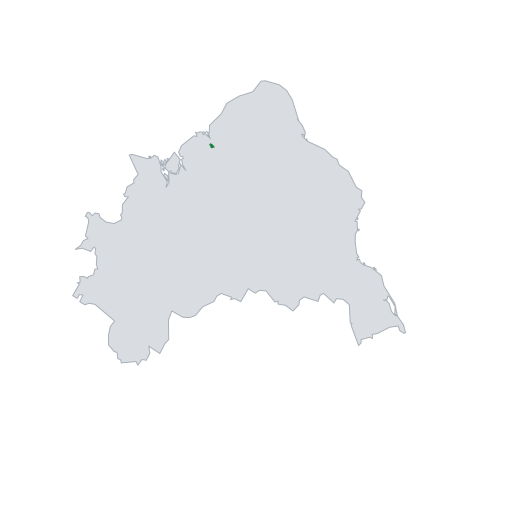 Santa Inês, Maranhão, Brazil (highlighted), rotated 300°
{"feature_id": "56859067B15720023734986", "entity_name": "Santa Inês", "entity_type": "district", "adm_level": 2, "iso_a3": "BRA", "parent_name": "Brazil", "parent_adm1": "Maranhão", "projection": "mercator", "projection_center": [-45.394, -3.853], "detail": "fine", "context": "in_parent", "style": "filled", "palette": "green", "viewbox_px": 512, "rotation_deg": 300, "n_neighbors": 0, "source": "geoboundaries", "source_scale": "gbopen_adm2", "svg_char_len": 4444}
<svg xmlns="http://www.w3.org/2000/svg" viewBox="0 0 512 512"><g transform="rotate(300 256 256)"><path d="M154.2,121.0L158.5,124.7L164.0,123.0L165.7,125.4L168.7,122.0L176.0,118.5L177.6,115.2L182.3,113.4L182.7,111.3L177.3,110.6L175.9,101.7L171.3,96.1L177.5,98.9L183.1,98.8L187.0,101.7L188.2,98.2L202.2,94.0L205.2,91.0L205.0,88.3L209.2,88.2L210.4,89.5L209.1,94.0L212.8,95.2L214.0,98.9L211.5,101.7L210.4,109.1L213.1,116.8L219.6,121.2L222.5,120.5L223.9,118.1L226.4,118.6L233.8,114.6L243.3,115.9L241.9,112.6L243.3,110.4L245.2,111.4L251.3,109.8L258.2,113.7L261.2,111.8L267.7,113.2L280.0,95.8L282.0,97.6L286.1,113.6L288.2,116.1L292.3,117.5L292.8,121.5L285.8,129.2L281.5,131.7L275.8,142.2L270.2,143.7L276.0,144.0L284.6,138.7L286.3,145.4L288.6,147.5L297.5,145.1L294.9,152.7L298.4,146.7L302.5,143.2L304.5,144.2L305.4,143.1L304.6,140.4L307.3,137.0L314.2,136.3L329.0,142.1L330.0,145.0L332.1,143.0L335.6,145.3L336.5,147.8L334.7,149.5L335.5,150.4L337.3,148.7L337.8,150.3L336.1,152.0L335.0,157.2L337.3,155.0L339.0,151.2L339.3,153.9L346.0,150.4L361.5,154.8L373.8,154.4L386.0,161.4L396.6,171.1L409.9,172.9L412.4,176.5L415.9,190.6L414.6,199.9L409.5,209.2L395.1,224.7L395.1,223.4L392.4,230.5L387.9,236.7L385.8,237.6L384.2,234.9L382.9,236.3L381.0,242.9L382.7,262.1L380.0,273.3L380.4,277.8L376.4,282.5L375.3,293.9L365.7,308.4L365.4,315.1L359.6,317.8L356.9,323.5L349.4,323.7L347.8,321.5L347.2,323.9L335.7,324.4L336.2,326.4L328.9,331.1L324.8,331.0L317.5,335.0L308.3,342.1L306.6,345.6L305.0,344.3L304.4,345.8L302.3,345.1L305.0,347.2L302.8,349.4L302.1,353.3L303.7,361.8L301.7,374.5L294.0,381.8L284.4,399.8L275.3,408.0L275.1,405.2L281.6,401.9L287.2,392.0L287.3,390.2L283.6,391.3L281.3,388.2L282.5,391.3L281.5,394.9L275.8,401.0L274.0,405.8L274.6,408.5L270.3,417.9L264.4,423.8L263.1,422.9L263.1,418.2L266.4,414.0L261.2,407.4L249.7,400.0L246.2,395.9L242.9,398.1L242.6,395.2L236.2,388.8L233.1,390.5L229.8,389.6L243.9,372.6L245.5,372.7L245.2,371.1L260.6,361.1L262.0,352.9L259.2,347.0L254.3,347.0L257.3,333.3L254.2,331.2L247.7,332.4L244.6,318.2L239.3,315.8L235.3,317.5L226.8,315.5L228.0,306.3L225.4,299.1L227.8,297.5L225.6,295.4L230.8,282.2L228.0,276.2L223.4,273.8L223.8,265.7L208.9,265.6L208.4,258.9L205.6,255.7L208.1,255.6L206.2,244.6L201.5,242.1L195.7,242.4L185.3,235.2L174.3,233.3L169.6,229.4L166.4,223.4L166.3,210.6L156.7,212.2L140.0,222.2L135.0,221.0L123.5,221.4L124.3,208.4L118.6,212.7L110.9,213.1L109.3,209.0L102.5,208.2L104.5,204.7L96.1,192.8L98.4,190.8L98.1,187.5L103.1,183.9L102.3,180.9L105.2,172.9L113.7,167.8L122.2,165.1L129.0,166.1L133.6,140.8L131.7,135.2L128.2,132.1L128.3,126.3L135.6,125.6L134.3,122.4L129.9,122.4L130.0,117.1L143.6,117.0L143.5,114.8L145.6,116.7L149.9,113.7L152.2,117.1L152.5,121.3L154.2,121.0ZM289.9,132.0L305.1,133.4L301.5,142.4L298.7,142.5L298.2,144.1L296.0,143.3L293.5,145.6L287.8,145.6L285.7,141.1L287.2,140.0L285.4,138.4L286.7,133.2L289.9,132.0ZM277.0,142.7L279.3,136.3L281.7,135.4L281.5,139.3L277.0,142.7ZM294.1,128.8L292.6,131.2L289.2,130.7L289.7,129.1L294.1,128.8ZM288.9,126.2L288.3,131.1L286.8,130.6L288.9,126.2ZM296.5,131.9L294.3,132.2L293.3,131.8L296.0,130.3L296.5,131.9ZM286.6,132.1L284.4,133.7L283.5,132.9L285.1,131.4L286.6,132.1ZM290.7,127.8L289.6,126.8L291.5,125.8L291.6,126.7L290.7,127.8ZM289.5,115.2L288.2,115.4L287.9,113.6L289.1,113.5L289.5,115.2ZM304.3,367.0L303.8,365.2L304.9,363.6L305.2,364.1L304.3,367.0ZM330.3,330.4L330.6,332.3L329.1,331.9L330.3,330.4ZM303.5,354.5L302.8,353.5L303.9,352.4L304.2,352.8L303.5,354.5ZM337.0,154.0L336.0,155.8L337.0,153.2L337.0,154.0ZM385.0,238.0L383.4,238.5L384.4,237.0L385.0,238.0ZM339.8,325.2L338.3,325.8L338.0,325.5L338.9,324.6L339.8,325.2ZM382.5,241.4L381.9,242.4L381.5,241.7L382.5,241.4ZM332.9,141.4L333.0,142.4L332.6,142.2L332.9,141.4Z" fill="#d9dde1" stroke="#a8b0b8" stroke-width="1"/><path d="M329.3,164.2L329.5,164.0L329.5,163.9L329.5,163.7L329.8,163.6L329.8,163.4L329.7,163.3L329.7,163.2L329.7,162.9L329.8,162.8L329.8,162.7L330.0,162.6L330.1,162.4L329.9,162.4L330.0,162.3L330.0,162.2L330.1,161.9L330.1,161.7L330.0,161.4L329.9,161.1L330.1,161.2L330.1,160.9L330.1,160.7L329.9,160.7L329.7,160.7L329.6,160.8L329.4,160.8L329.4,161.2L329.3,161.3L329.2,161.5L329.0,161.8L328.9,161.9L328.9,162.0L328.7,162.2L328.7,162.3L328.4,162.5L328.2,162.6L328.0,162.9L327.9,162.9L327.9,163.0L328.0,163.2L328.0,163.6L328.3,163.6L328.7,164.1L328.8,164.2L328.9,164.3L328.9,164.2L329.0,164.3L329.1,164.2L329.2,164.3L329.2,164.2L329.3,164.2Z" fill="#22c55e" stroke="#15803d" stroke-width="1.5"/></g></svg>